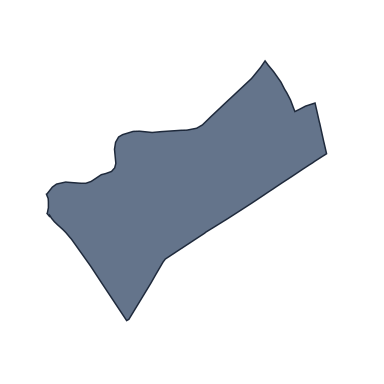 outline of Quan 5, Hồ Chí Minh city, Vietnam, rotated 162°
{"feature_id": "81297802B17569327634169", "entity_name": "Quan 5", "entity_type": "district", "adm_level": 2, "iso_a3": "VNM", "parent_name": "Vietnam", "parent_adm1": "Hồ Chí Minh city", "projection": "equal_earth", "projection_center": [106.67, 10.756], "detail": "fine", "context": "isolated", "style": "filled", "palette": "slate", "viewbox_px": 384, "rotation_deg": 162, "n_neighbors": 0, "source": "geoboundaries", "source_scale": "gbopen_adm2", "svg_char_len": 1327}
<svg xmlns="http://www.w3.org/2000/svg" viewBox="0 0 384 384"><g transform="rotate(162 192 192)"><path d="M293.9,89.9L291.4,90.4L259.3,118.0L252.2,124.5L241.2,134.3L238.1,136.5L226.1,139.8L192.5,149.0L191.4,149.5L166.4,155.6L144.1,161.5L134.5,164.1L118.7,168.6L108.7,171.4L104.1,172.7L90.8,176.3L79.2,179.6L72.2,181.5L68.5,182.4L65.7,183.3L58.1,185.3L52.2,186.8L51.2,198.2L51.2,198.7L49.3,218.0L49.3,218.9L48.3,229.6L47.5,238.6L57.5,238.6L63.8,237.5L69.3,236.7L69.6,242.3L69.6,243.0L69.9,249.1L71.2,257.0L72.2,261.2L72.9,265.5L73.2,267.5L73.5,269.2L77.2,281.2L80.5,289.5L82.0,294.1L88.1,289.4L98.3,282.8L100.4,281.5L117.2,273.6L126.6,269.2L128.6,268.3L150.6,257.9L161.3,252.6L167.9,251.2L177.8,252.4L183.5,254.1L202.9,259.0L205.7,259.6L211.5,260.9L223.0,266.0L229.2,267.8L240.3,268.0L244.8,267.0L249.3,262.9L252.5,256.6L255.6,242.7L258.1,238.8L260.2,237.6L262.2,236.4L268.4,236.2L272.9,236.5L284.7,233.2L290.3,233.1L295.4,234.8L307.5,239.8L309.1,240.5L318.4,241.4L323.3,239.8L330.5,235.0L331.1,234.9L330.8,230.2L331.6,227.1L333.5,221.2L334.2,220.1L334.4,219.7L335.9,217.0L336.5,216.4L335.2,213.1L334.6,213.9L333.7,210.4L332.1,206.3L329.9,202.2L326.3,196.0L324.5,192.4L322.1,186.4L321.6,185.3L321.2,184.3L311.5,153.4L311.4,153.1L306.5,135.2L306.4,134.8L293.9,89.9Z" fill="#64748b" stroke="#1e293b" stroke-width="1.5"/></g></svg>